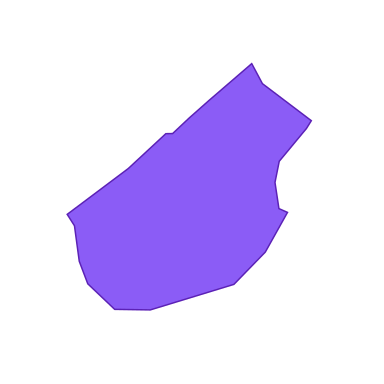 Gwangjin-gu, Seoul, South Korea (Robinson projection), rotated 32°
{"feature_id": "91817680B49246193334347", "entity_name": "Gwangjin-gu", "entity_type": "district", "adm_level": 2, "iso_a3": "KOR", "parent_name": "South Korea", "parent_adm1": "Seoul", "projection": "robinson", "projection_center": [127.088, 37.539], "detail": "fine", "context": "isolated", "style": "filled", "palette": "violet", "viewbox_px": 384, "rotation_deg": 32, "n_neighbors": 0, "source": "geoboundaries", "source_scale": "gbopen_adm2", "svg_char_len": 439}
<svg xmlns="http://www.w3.org/2000/svg" viewBox="0 0 384 384"><g transform="rotate(32 192 192)"><path d="M255.4,68.3L194.3,62.8L175.2,51.8L174.6,51.5L158.0,105.0L150.4,130.7L144.6,152.7L138.9,156.4L125.5,205.9L98.0,277.1L110.2,282.9L133.1,310.5L152.3,325.1L188.6,332.5L219.1,314.1L276.5,248.1L286.0,204.1L283.8,158.7L274.5,160.0L257.3,139.9L249.7,119.7L255.4,77.5L255.4,68.3Z" fill="#8b5cf6" stroke="#5b21b6" stroke-width="1.5"/></g></svg>